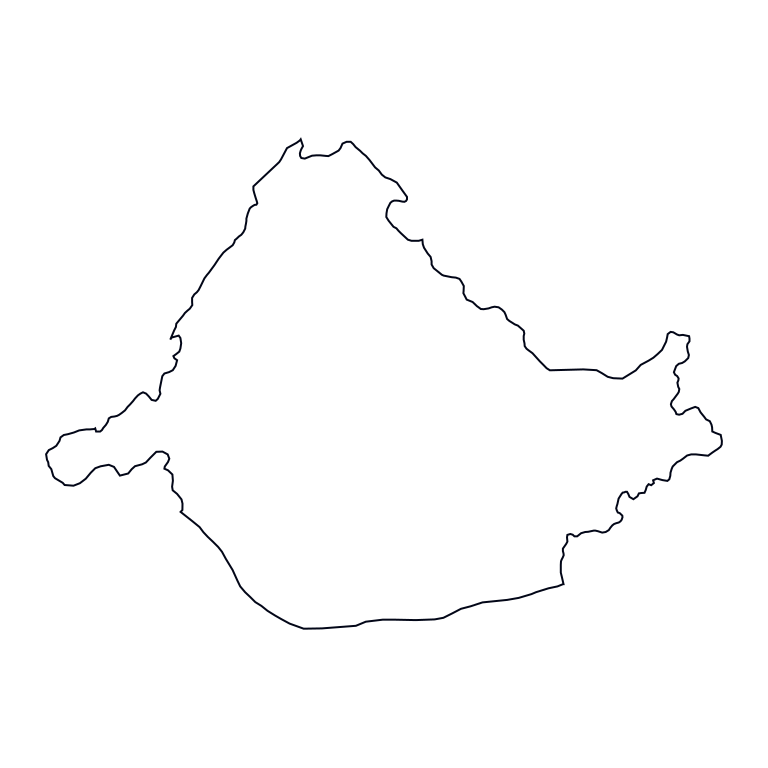 the district of Belaga, Sarawak, Malaysia
{"feature_id": "92858781B14210888216544", "entity_name": "Belaga", "entity_type": "district", "adm_level": 2, "iso_a3": "MYS", "parent_name": "Malaysia", "parent_adm1": "Sarawak", "projection": "orthographic", "projection_center": [114.332, 2.676], "detail": "fine", "context": "isolated", "style": "outline", "palette": "ink", "viewbox_px": 768, "rotation_deg": 0, "n_neighbors": 0, "source": "geoboundaries", "source_scale": "gbopen_adm2", "svg_char_len": 5509}
<svg xmlns="http://www.w3.org/2000/svg" viewBox="0 0 768 768"><path d="M180.6,511.9L192.5,521.3L199.6,527.1L203.4,532.2L207.9,537.0L213.0,541.8L218.2,547.0L222.0,551.8L225.8,558.8L232.6,570.0L237.4,580.6L240.2,586.4L245.1,592.2L250.2,597.0L255.3,602.1L261.4,605.9L267.5,610.8L275.2,615.6L281.3,619.1L289.6,623.6L303.7,628.7L321.9,628.4L355.9,625.8L365.8,621.7L382.5,619.7L396.0,619.7L415.8,620.1L434.7,619.4L443.4,617.8L452.4,613.3L461.0,608.8L470.6,606.3L482.5,602.4L507.2,599.9L518.7,597.9L531.5,594.1L536.0,592.2L548.5,588.3L557.5,586.4L563.2,584.1L563.5,584.1L561.9,577.1L560.8,572.6L560.8,567.3L560.8,564.8L561.0,561.3L561.7,559.5L562.7,557.6L563.7,555.2L563.5,553.3L562.9,551.1L562.9,548.6L566.2,543.9L567.4,541.6L567.0,537.3L567.4,534.9L570.3,534.0L572.7,534.7L574.4,536.3L577.2,536.3L579.5,534.5L581.1,533.2L585.2,532.0L588.1,531.8L593.8,530.6L595.3,530.6L597.9,531.2L602.2,532.6L605.7,532.0L608.8,530.1L610.4,527.7L612.3,525.4L614.1,524.0L616.2,523.2L618.8,522.5L620.5,521.3L621.7,519.7L622.5,517.2L622.3,515.6L619.7,513.1L617.8,512.5L616.8,510.4L616.2,508.4L616.8,505.9L617.4,504.1L618.6,498.6L621.5,494.0L622.7,492.6L624.2,492.4L625.4,491.8L627.0,491.8L628.3,494.0L629.5,496.9L633.4,499.2L637.5,496.3L638.9,493.4L641.4,493.0L644.5,492.8L645.7,490.1L646.7,486.6L648.6,484.2L651.2,485.2L653.9,483.0L653.1,480.3L657.0,478.6L662.5,480.1L667.4,480.9L669.3,479.3L670.3,475.8L670.5,472.7L671.7,468.8L672.7,466.5L677.0,462.2L680.3,460.6L683.0,458.7L687.1,455.5L691.2,454.4L695.9,454.4L704.9,455.4L708.2,455.7L709.6,454.6L712.3,452.6L715.4,450.5L717.6,449.1L720.5,446.8L721.7,444.6L721.9,440.9L720.7,434.9L715.4,432.9L712.3,431.5L712.1,427.4L711.5,424.7L709.8,421.2L706.1,419.4L704.1,416.7L700.6,412.4L698.3,408.1L695.2,406.9L690.9,408.5L685.4,410.8L682.5,413.8L679.1,414.7L676.4,414.1L675.6,411.8L673.9,409.3L671.5,406.5L670.9,404.2L671.9,401.1L673.7,399.1L675.4,396.8L677.8,393.6L678.8,391.9L679.3,389.0L678.2,386.8L677.4,382.7L678.4,380.2L678.6,378.4L677.2,376.1L675.1,374.7L673.9,372.2L676.2,366.1L678.8,363.8L682.1,363.0L684.8,361.4L688.2,358.1L688.9,355.0L687.8,351.5L687.0,346.8L687.4,344.2L689.5,341.3L689.5,338.6L689.1,336.2L682.9,334.9L679.2,335.3L677.0,334.5L673.3,332.3L670.6,331.9L667.7,334.1L667.1,337.4L666.1,341.7L662.0,349.9L657.7,354.0L653.4,357.7L648.7,360.6L640.7,364.9L635.8,370.4L622.5,378.6L613.2,378.2L607.7,376.8L601.8,373.1L596.6,370.2L583.3,369.4L549.9,370.3L546.6,368.2L543.6,365.1L539.9,361.4L532.5,353.2L528.4,350.2L526.5,348.7L524.7,346.1L524.5,343.4L523.7,339.7L523.7,336.0L524.3,333.6L523.7,330.7L517.9,325.6L514.8,324.4L512.8,323.1L509.3,320.9L507.1,319.0L505.6,314.7L504.4,312.1L501.9,309.6L498.6,307.3L494.6,306.7L491.7,307.3L488.6,308.4L483.7,309.2L480.8,309.0L478.3,307.1L477.1,306.3L472.6,302.0L466.7,299.6L463.4,293.2L463.6,291.0L463.8,286.0L461.3,281.5L459.5,278.9L455.8,277.6L451.7,277.2L443.7,275.6L441.9,274.8L433.7,268.2L431.6,264.5L431.6,261.2L430.6,256.9L427.7,253.5L424.0,247.7L422.8,244.2L422.4,239.7L418.7,240.8L411.5,240.8L407.9,239.7L400.9,233.2L398.4,230.7L396.4,228.3L393.5,226.8L388.6,220.7L386.3,217.0L386.5,213.3L387.2,209.2L389.0,205.5L390.4,202.8L392.1,201.4L394.1,200.6L396.4,200.6L398.8,200.8L402.3,201.6L404.4,201.8L406.0,201.0L407.0,199.4L407.0,196.9L402.3,190.4L396.8,182.6L390.4,179.1L385.3,177.4L381.8,174.6L378.8,170.5L375.1,167.4L369.5,160.0L365.9,155.9L362.6,153.3L360.1,150.8L355.6,147.1L353.2,144.1L350.7,141.8L346.6,141.8L342.5,143.6L340.5,148.1L338.6,150.6L332.3,154.1L328.4,156.1L325.7,155.9L320.0,155.3L316.7,155.3L312.0,155.7L304.8,158.6L301.3,158.0L300.1,155.9L299.9,153.3L300.7,150.6L301.5,148.8L303.0,146.1L300.7,139.3L299.9,140.4L296.6,142.8L287.0,148.1L281.0,159.4L279.2,162.1L253.4,186.4L253.4,189.9L254.2,193.0L255.0,195.7L255.8,198.3L256.7,201.0L257.3,203.2L256.4,204.7L254.6,204.9L252.6,206.1L250.9,207.3L249.7,208.6L247.8,213.5L246.4,218.6L246.4,220.9L246.0,223.5L245.4,226.4L245.2,228.6L243.3,232.3L241.3,234.8L239.0,236.4L236.6,238.7L234.9,240.1L234.3,242.4L232.7,245.2L229.4,247.7L226.7,249.7L223.4,252.6L221.0,255.7L218.7,258.7L216.5,262.0L214.6,264.9L211.3,269.4L208.9,272.7L207.0,274.9L204.4,278.4L202.7,281.9L200.7,286.0L198.6,290.1L196.8,292.3L194.3,294.4L192.1,297.9L192.1,302.0L192.3,305.1L189.8,308.7L187.5,310.6L184.9,313.0L183.0,315.7L176.3,323.7L175.9,327.0L174.2,330.3L170.3,339.6L171.5,337.6L178.7,335.6L180.4,338.0L181.2,343.2L180.4,348.5L179.3,351.6L176.3,354.0L173.4,356.1L174.4,358.3L177.1,360.2L175.6,365.9L172.8,370.2L169.1,372.1L164.4,373.5L162.3,376.2L160.0,387.6L159.6,390.3L160.4,393.8L157.8,398.9L155.7,400.8L151.6,399.9L148.8,396.4L146.1,393.6L143.0,392.3L140.4,393.6L137.9,395.4L135.0,398.5L133.2,400.9L130.1,404.4L127.6,406.9L125.0,410.4L121.7,413.0L119.0,414.9L117.0,415.9L114.5,416.5L111.2,416.9L108.8,418.4L107.8,421.8L105.9,424.9L103.2,428.0L102.0,430.0L100.2,431.5L99.1,431.5L96.1,431.5L95.2,428.4L94.4,429.0L89.8,429.4L86.4,429.4L79.2,430.4L73.9,432.5L67.9,434.2L63.8,435.0L60.5,437.4L59.5,440.9L56.3,445.8L52.8,448.1L48.8,450.1L46.1,454.2L47.0,459.8L48.2,462.2L48.7,465.9L51.3,469.1L52.2,472.3L53.3,476.1L55.0,478.2L62.7,482.8L64.6,485.0L73.5,485.7L79.9,483.2L85.8,478.7L90.8,472.7L95.3,468.2L100.6,466.3L108.8,464.8L114.0,466.9L117.3,471.8L119.9,475.6L128.2,473.5L131.7,469.2L135.0,466.2L142.1,464.3L145.9,462.5L150.4,457.7L156.3,451.8L162.5,451.6L167.7,454.4L169.3,458.7L168.0,462.0L164.8,466.5L164.4,468.7L168.0,470.3L172.4,474.5L172.9,480.8L172.1,486.7L172.7,490.3L177.1,493.9L181.5,499.4L182.5,503.6L182.4,510.0L180.6,511.9Z" fill="none" stroke="#020617" stroke-width="2"/></svg>